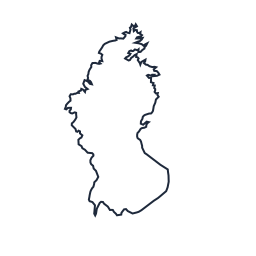 the district of Maquiné, Rio Grande do Sul, Brazil, rotated 33°
{"feature_id": "56859067B70278380109864", "entity_name": "Maquiné", "entity_type": "district", "adm_level": 2, "iso_a3": "BRA", "parent_name": "Brazil", "parent_adm1": "Rio Grande do Sul", "projection": "natural_earth1", "projection_center": [-50.244, -29.624], "detail": "fine", "context": "isolated", "style": "outline", "palette": "slate", "viewbox_px": 256, "rotation_deg": 33, "n_neighbors": 0, "source": "geoboundaries", "source_scale": "gbopen_adm2", "svg_char_len": 3475}
<svg xmlns="http://www.w3.org/2000/svg" viewBox="0 0 256 256"><g transform="rotate(33 128 128)"><path d="M183.9,141.1L175.2,141.2L158.0,139.9L155.7,139.9L150.6,136.8L149.5,135.2L148.1,134.0L146.3,132.3L144.7,131.4L141.7,131.3L140.4,130.3L139.3,128.6L138.7,127.0L139.1,125.1L139.1,121.7L139.8,120.4L141.6,118.8L142.6,117.1L141.6,115.1L141.7,113.2L142.2,111.8L140.2,112.5L138.9,117.0L136.4,117.4L135.2,115.3L135.1,112.4L134.4,110.8L134.5,109.2L135.1,107.8L137.9,104.3L139.4,103.3L139.7,101.8L139.6,100.0L138.3,97.0L137.7,95.7L137.1,91.9L135.9,88.9L136.7,85.1L134.6,84.2L134.0,82.5L132.5,83.8L130.6,83.2L130.3,81.6L129.6,80.5L128.2,80.2L127.3,77.8L125.6,78.6L124.9,76.4L122.3,77.1L120.0,73.3L118.3,74.6L115.3,73.7L116.0,72.4L118.8,71.5L119.2,70.2L121.0,69.1L120.9,70.8L123.9,68.4L125.3,66.1L123.2,65.1L121.1,64.6L118.9,65.8L117.6,64.8L118.5,61.7L117.0,62.2L115.1,63.7L112.4,64.5L110.0,64.4L108.6,65.1L106.0,64.9L106.1,62.8L105.4,61.2L103.2,65.4L103.8,68.1L102.7,67.2L99.2,65.7L99.0,63.9L97.6,63.5L96.1,64.0L95.0,61.3L93.8,63.4L93.5,65.0L92.5,67.5L92.6,69.9L91.8,71.0L87.7,71.3L87.9,69.8L89.0,68.0L89.7,66.0L89.6,64.4L87.4,65.0L87.3,62.8L88.4,61.3L89.6,61.3L90.5,60.4L91.0,58.4L93.6,57.6L94.0,56.3L95.4,58.7L97.1,57.3L97.5,54.9L98.5,52.4L97.9,51.2L98.3,49.2L98.0,46.5L96.7,48.8L96.1,50.5L93.8,50.2L90.7,51.2L87.6,52.6L89.4,50.0L90.7,48.5L91.3,46.2L91.2,44.6L89.5,46.2L86.2,48.4L86.2,47.0L88.0,45.0L89.0,44.3L89.2,42.5L87.0,42.5L86.3,40.9L85.7,42.3L84.4,42.9L83.2,42.4L82.1,41.1L80.7,41.9L80.1,43.6L78.3,41.5L80.1,37.8L78.0,36.8L78.3,38.7L77.1,39.6L74.8,39.2L75.5,41.6L75.0,42.9L76.5,44.1L77.6,47.6L75.5,48.4L74.2,48.4L73.3,49.4L72.2,51.4L73.4,51.5L75.2,51.2L75.8,52.4L75.4,55.6L73.1,56.8L71.7,57.8L68.5,58.5L70.5,60.3L69.7,61.5L67.8,63.2L65.4,65.7L62.7,70.1L62.2,72.1L62.4,74.6L62.3,79.6L62.7,80.9L64.8,80.4L66.6,80.6L67.1,82.8L67.9,84.1L70.0,85.9L68.8,86.4L67.7,87.1L68.0,88.6L69.8,88.9L68.9,89.9L67.3,90.6L65.3,91.1L62.8,92.9L62.9,95.4L64.0,96.8L64.0,100.0L64.4,102.3L65.4,104.4L65.7,106.3L67.3,107.8L67.7,109.6L70.5,109.2L72.0,109.7L73.9,111.0L72.0,111.7L68.9,110.8L65.5,111.5L65.9,113.3L66.4,115.3L69.5,117.0L72.9,117.3L71.5,119.2L72.3,121.2L69.2,120.3L67.5,120.6L68.1,122.2L66.6,124.4L67.7,125.3L66.3,126.2L65.3,127.9L64.3,128.5L63.6,129.7L61.6,130.9L61.7,133.2L63.5,134.4L64.9,136.4L64.3,138.1L63.8,140.7L63.6,142.7L64.3,144.1L64.7,146.3L66.1,146.0L66.7,143.8L69.2,142.1L69.9,143.6L69.6,145.3L70.3,146.5L71.8,146.7L73.3,146.2L74.8,143.9L76.2,143.5L77.2,145.0L79.0,147.2L79.2,149.7L79.0,152.7L78.4,154.7L79.3,156.3L84.5,157.4L86.4,159.1L87.7,158.7L88.0,157.2L89.6,157.0L90.7,158.7L93.7,159.0L94.1,161.4L93.3,162.8L92.8,164.9L95.5,168.6L98.9,168.5L100.7,169.8L103.8,169.7L107.6,170.7L111.7,168.6L113.3,169.0L114.1,170.1L113.6,172.7L114.0,175.5L115.3,177.4L116.8,178.4L119.3,178.7L121.3,180.7L124.5,181.4L129.7,185.2L130.0,188.9L129.3,191.9L130.1,193.4L131.0,196.2L130.7,198.1L130.9,200.6L131.2,202.0L132.5,205.4L133.1,206.7L134.2,209.4L135.7,210.3L137.0,209.9L138.5,209.5L142.4,210.8L146.3,218.2L148.1,219.2L147.8,217.2L145.8,212.7L145.4,209.1L145.1,206.2L145.6,204.6L147.3,203.7L149.0,204.5L153.9,204.9L157.5,206.6L158.7,205.7L159.9,205.0L161.8,206.0L164.6,206.5L166.3,207.2L169.5,204.3L168.7,202.6L169.0,198.4L170.5,197.1L173.0,197.8L178.4,197.2L181.3,194.1L182.6,192.5L184.0,189.7L185.0,186.9L189.3,174.9L191.3,170.4L192.4,166.9L194.4,160.2L194.1,158.7L193.5,156.1L191.4,150.9L187.8,145.7L185.7,143.3L183.9,141.1Z" fill="none" stroke="#1e293b" stroke-width="2"/></g></svg>